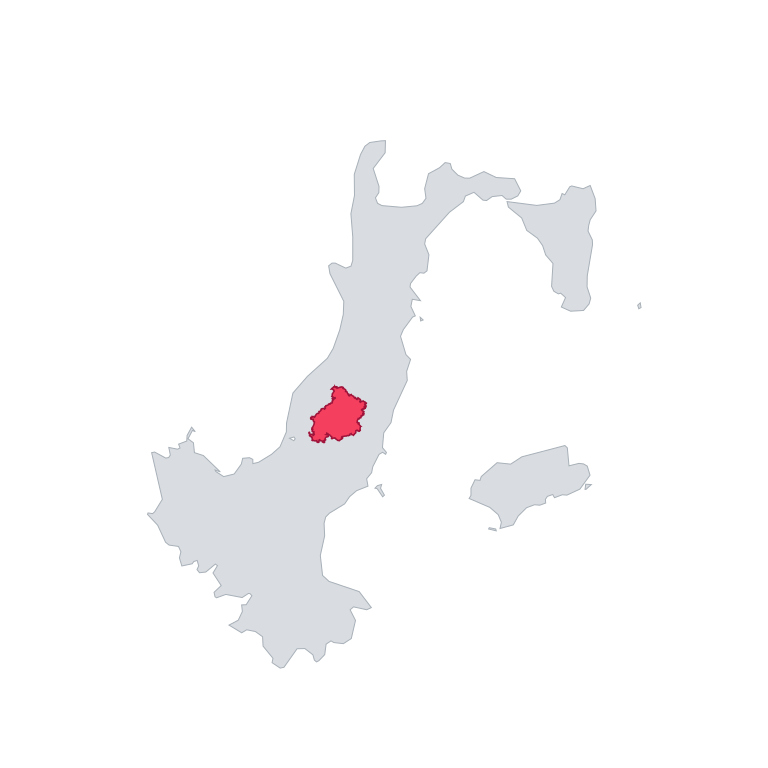 Umbria, Perugia, Italy (highlighted), rotated 246°
{"feature_id": "23120603B26790412086965", "entity_name": "Umbria", "entity_type": "district", "adm_level": 2, "iso_a3": "ITA", "parent_name": "Italy", "parent_adm1": "Perugia", "projection": "orthographic", "projection_center": [12.541, 42.991], "detail": "fine", "context": "in_parent", "style": "filled", "palette": "rose", "viewbox_px": 768, "rotation_deg": 246, "n_neighbors": 0, "source": "geoboundaries", "source_scale": "gbopen_adm2", "svg_char_len": 9674}
<svg xmlns="http://www.w3.org/2000/svg" viewBox="0 0 768 768"><g transform="rotate(246 384 384)"><path d="M174.9,168.4L178.6,171.0L193.7,166.9L202.5,170.3L210.2,165.8L215.3,158.6L214.6,152.8L226.8,144.3L227.5,154.8L233.8,162.1L240.1,164.1L238.4,168.3L244.3,177.2L246.9,176.4L247.8,174.9L246.6,167.6L256.1,153.9L256.8,144.1L258.4,143.1L262.8,144.0L266.1,153.3L280.9,150.9L285.8,158.0L288.1,156.7L284.7,144.7L286.6,138.7L290.5,137.7L293.2,140.7L298.8,141.6L299.2,138.0L297.8,135.6L300.0,125.3L308.4,126.4L313.3,130.2L319.2,130.2L324.3,122.1L328.3,120.1L347.1,119.8L361.1,114.9L362.2,116.0L359.7,119.9L360.5,122.5L368.8,134.6L415.8,143.8L415.1,146.8L405.1,154.5L404.4,157.4L406.0,159.9L413.6,161.6L408.4,168.9L408.5,171.6L412.6,171.9L412.1,180.6L417.1,183.2L422.8,190.7L417.2,192.2L419.5,190.1L413.7,182.7L407.8,186.0L398.4,182.9L392.1,189.9L370.3,198.7L374.1,194.7L372.5,194.7L364.6,199.9L362.7,210.5L368.8,221.0L373.6,224.7L371.4,231.1L368.5,233.5L364.6,231.8L363.5,237.5L365.5,252.7L368.9,263.4L379.9,275.3L388.0,279.1L412.8,297.1L422.2,317.3L430.5,342.7L437.2,352.1L451.3,365.5L464.1,375.1L475.9,380.9L506.7,379.5L514.5,381.5L515.6,385.7L514.3,388.6L505.4,396.2L505.1,401.8L509.6,405.7L531.1,415.3L553.0,423.0L568.2,433.7L587.6,442.1L603.2,455.9L609.0,463.3L610.4,469.2L607.4,479.9L605.7,484.3L594.8,479.1L585.3,461.8L566.5,459.8L560.9,457.1L557.6,451.9L551.7,451.6L547.8,454.7L538.3,471.9L533.4,486.6L533.4,492.4L536.6,497.9L545.9,500.6L558.0,510.2L559.0,522.8L561.4,529.9L558.5,534.2L552.6,533.4L544.8,536.4L539.4,541.3L537.2,545.9L537.4,561.7L527.0,570.5L518.4,586.8L504.8,587.5L501.4,582.7L501.1,575.4L503.2,570.8L508.2,568.5L511.2,559.0L509.9,552.3L511.7,549.2L522.5,544.2L522.6,534.8L518.3,530.7L514.3,513.7L499.8,481.2L495.4,478.1L483.8,477.6L469.9,469.3L469.0,465.6L471.1,462.0L469.5,457.3L465.0,449.1L462.0,447.2L445.3,451.2L449.9,444.3L443.9,440.1L433.5,440.3L433.5,437.3L425.9,423.9L420.9,418.5L401.9,416.0L395.7,418.3L386.3,409.8L377.8,406.7L356.3,382.1L345.9,374.7L339.5,363.9L326.5,356.7L320.5,358.4L319.1,356.9L322.2,354.9L321.7,350.8L313.0,340.1L308.0,336.6L304.5,329.6L297.2,327.8L297.7,315.6L295.1,306.8L290.5,299.3L288.2,281.6L286.2,276.6L281.1,272.6L269.4,268.0L253.3,256.1L234.1,250.0L226.0,253.5L204.4,276.9L184.9,281.5L184.8,276.4L192.8,265.5L191.5,261.2L179.6,261.8L164.8,250.6L163.3,241.3L168.2,233.0L170.9,231.1L169.9,225.3L160.9,219.8L157.7,211.9L157.6,209.3L160.1,208.1L165.5,208.9L174.5,204.1L177.5,196.9L165.9,177.4L166.7,173.6L174.9,168.4ZM372.2,280.2L372.9,275.6L368.9,278.5L370.0,280.6L372.2,280.2ZM500.6,570.6L485.0,596.2L479.9,613.3L480.8,619.7L485.6,624.2L483.3,626.1L488.6,633.9L488.6,636.0L481.4,645.3L481.5,653.1L467.5,652.3L455.9,648.1L450.2,639.2L445.6,635.5L440.7,632.6L430.9,632.9L426.5,631.2L400.2,613.7L390.1,609.0L378.4,607.8L373.7,603.9L370.0,596.2L374.6,584.1L382.2,577.3L389.1,585.0L395.1,582.4L395.4,580.0L399.6,576.9L405.0,576.8L425.4,587.4L436.1,584.2L445.9,585.2L454.8,583.5L466.2,576.9L479.7,577.3L495.0,569.6L500.6,570.6ZM259.9,435.2L266.1,455.3L259.3,467.1L261.4,480.3L254.2,524.2L251.1,525.5L234.0,519.7L232.2,529.8L229.8,533.8L226.3,536.3L216.9,535.1L208.3,520.2L208.1,505.9L210.3,501.8L210.8,493.5L214.4,493.2L214.9,487.6L213.0,484.5L209.5,483.3L209.9,477.1L212.5,472.3L213.0,463.9L208.8,452.9L202.7,444.8L204.8,431.2L210.0,435.0L218.2,435.2L228.2,430.5L244.8,415.2L246.8,418.1L253.5,421.1L259.5,428.2L256.9,432.5L259.9,435.2ZM292.5,333.4L293.8,336.6L293.2,341.0L290.1,338.4L282.3,339.2L281.5,336.9L291.1,335.2L292.5,333.4ZM210.4,527.5L207.8,532.5L205.6,525.6L206.0,524.8L210.4,527.5ZM209.9,421.7L206.1,427.1L204.2,426.8L209.0,420.6L209.9,421.7ZM353.9,651.1L349.3,649.9L349.1,647.4L352.8,647.8L353.9,651.1ZM430.3,444.2L426.6,445.8L426.7,443.1L430.3,444.2Z" fill="#d9dde1" stroke="#a8b0b8" stroke-width="1"/><path d="M362.4,296.2L362.0,295.3L361.4,295.6L361.2,296.4L360.9,296.7L360.7,297.1L360.0,297.8L359.9,298.5L359.7,299.5L359.2,299.2L358.6,299.5L358.4,299.4L358.3,299.6L358.0,299.3L357.5,299.8L357.3,300.4L357.4,301.0L358.3,301.4L358.4,301.7L358.7,301.6L358.8,301.9L359.2,301.9L359.3,302.1L359.3,302.6L359.0,302.7L358.8,302.4L358.5,302.7L357.8,303.1L357.6,303.4L357.6,303.7L356.9,304.5L356.0,304.2L355.8,304.6L355.1,305.0L354.8,305.4L355.1,306.2L355.7,306.2L355.8,306.3L356.5,306.0L356.8,306.1L356.6,307.2L356.6,307.8L356.7,308.0L357.4,308.0L357.7,307.7L358.5,308.4L358.9,309.2L359.0,310.0L358.9,310.3L359.0,310.5L358.6,311.1L358.8,311.8L360.0,312.4L360.5,312.4L360.8,311.7L360.7,311.4L361.2,310.7L361.2,310.9L361.5,311.0L362.3,311.7L361.9,311.9L361.7,312.4L360.4,312.8L359.4,313.8L358.4,313.8L357.3,314.8L355.6,313.9L355.1,314.2L355.4,315.1L355.2,315.3L355.2,315.8L354.7,316.6L354.9,316.8L354.6,317.3L354.0,317.6L353.3,317.6L352.6,318.2L351.5,318.6L351.5,318.8L350.9,319.2L350.7,320.1L350.4,320.3L350.7,320.9L350.8,321.5L351.1,322.1L351.1,322.4L350.8,322.8L351.3,324.1L351.5,324.2L351.8,323.6L352.1,323.4L352.7,323.7L353.1,324.4L352.7,325.2L352.6,325.9L352.0,328.1L351.8,328.2L351.7,329.0L351.9,329.3L351.8,329.7L351.4,330.3L351.4,330.7L351.2,330.8L351.3,331.0L351.1,331.9L352.0,332.2L352.1,333.8L351.5,333.7L351.0,333.8L350.3,334.8L349.5,335.2L349.7,335.6L350.1,335.7L350.1,336.5L350.5,337.0L350.9,338.4L351.4,338.6L351.7,338.6L352.3,339.1L352.8,339.3L352.8,339.5L352.9,339.8L352.6,340.0L352.6,340.5L352.3,340.7L352.4,340.8L352.1,340.9L352.0,341.1L351.7,341.2L351.5,341.3L351.4,341.6L350.9,341.9L350.8,342.4L351.6,342.8L351.4,343.5L352.8,343.9L353.9,344.6L354.7,345.2L354.7,345.6L355.1,345.3L355.6,345.3L356.4,344.9L357.2,345.0L357.7,344.5L358.1,345.2L358.3,345.3L358.7,344.6L359.0,344.9L359.3,344.3L359.8,343.8L360.3,344.1L360.8,344.6L361.1,344.5L361.4,344.7L362.3,345.6L362.2,346.0L362.9,346.4L362.3,347.3L363.0,347.7L363.0,348.0L362.8,348.0L362.9,348.3L362.6,348.7L362.8,349.1L362.7,349.3L363.5,349.7L363.6,350.0L364.1,350.0L364.2,350.9L364.0,351.0L363.8,351.2L363.8,351.3L364.1,351.8L364.7,352.1L364.1,352.2L364.1,352.6L364.7,352.5L364.9,352.7L365.3,353.2L365.2,353.5L365.0,353.3L364.6,353.3L364.7,353.5L365.0,353.7L365.6,353.7L366.0,353.3L366.8,353.9L367.0,354.4L368.4,353.6L368.3,353.3L368.5,353.2L369.0,353.1L369.4,353.4L369.6,353.2L369.9,353.8L369.4,354.2L369.4,354.8L369.9,354.9L370.0,355.3L369.6,355.2L369.4,355.4L369.5,355.7L369.3,355.9L369.6,356.4L369.4,357.0L369.7,357.2L370.4,356.9L370.8,357.1L371.3,356.8L371.5,357.2L371.1,357.4L371.2,357.6L371.1,358.1L370.6,358.3L370.8,358.5L371.3,358.3L371.4,358.6L372.0,358.1L372.4,358.4L373.1,358.1L373.4,358.4L373.2,358.6L373.2,359.4L373.4,360.0L373.7,360.2L373.9,360.1L374.0,359.9L374.6,359.2L375.0,359.3L375.0,359.1L375.4,359.2L376.5,358.2L376.8,358.2L376.8,357.9L377.1,357.5L377.0,356.4L377.3,355.6L377.3,355.1L377.1,354.9L377.4,354.7L378.1,354.8L378.1,355.2L378.5,355.8L378.4,356.0L379.4,356.1L380.2,355.7L380.5,355.1L380.8,355.0L381.0,355.2L381.3,355.1L382.0,354.6L381.2,353.8L380.8,353.0L381.4,352.6L382.2,352.7L382.4,352.4L383.2,352.4L383.1,351.8L383.2,351.7L383.2,351.4L384.5,351.2L384.9,351.4L385.8,350.7L386.0,350.3L387.0,349.9L387.8,349.8L387.8,349.0L387.4,348.0L387.2,347.9L387.3,347.4L387.9,347.0L388.7,347.4L388.7,347.7L389.2,347.7L389.4,347.0L390.0,346.9L392.0,347.0L392.4,346.8L392.4,346.3L392.8,345.8L393.0,345.9L393.2,346.4L394.3,346.6L396.0,345.6L396.3,345.2L396.4,344.8L396.8,344.7L397.4,345.4L398.5,344.4L398.5,343.9L398.8,343.6L398.5,343.3L399.1,342.0L399.0,341.5L399.0,340.7L399.4,340.1L399.2,339.4L399.8,339.3L400.1,338.8L400.8,338.8L400.9,339.4L401.2,339.0L401.1,338.7L401.4,337.9L401.7,337.9L401.4,337.7L401.7,337.5L401.9,336.9L401.8,336.6L401.5,336.2L401.2,334.8L401.0,334.5L401.1,334.3L400.8,333.8L400.6,334.5L400.2,334.7L400.2,334.9L399.9,335.2L399.5,335.2L398.9,335.6L398.7,335.4L397.9,335.7L397.7,335.6L397.7,335.3L397.3,334.9L397.1,334.4L396.3,333.4L396.1,332.8L395.2,332.4L395.1,332.2L394.9,332.2L394.5,332.0L393.8,331.2L392.8,332.1L392.1,332.1L391.9,331.5L391.7,332.0L391.9,332.5L391.7,332.5L391.8,332.8L391.6,333.0L391.4,333.8L390.9,333.8L390.8,333.4L390.8,332.9L390.6,332.6L390.6,332.2L390.8,331.5L390.7,331.4L390.9,330.9L389.8,330.7L389.9,330.3L389.7,330.2L389.8,330.1L389.3,329.9L389.0,329.4L388.6,329.5L387.8,328.9L387.9,328.4L388.3,327.8L387.5,326.5L387.8,325.8L388.1,326.0L388.1,325.6L388.2,325.2L387.7,324.6L387.5,324.0L387.8,322.2L387.6,322.2L387.4,321.9L387.2,320.7L386.4,320.5L385.8,320.7L385.2,319.5L386.1,319.1L386.2,318.6L386.5,318.4L386.5,317.4L386.7,317.2L386.6,316.3L386.5,316.1L386.0,316.1L385.5,315.7L385.5,315.3L385.2,314.8L385.2,314.5L385.1,314.1L385.3,313.5L385.0,313.4L385.0,313.2L384.2,313.0L383.7,312.3L384.1,311.7L384.2,311.1L384.0,310.2L383.8,310.0L383.8,309.6L383.1,308.8L383.0,308.3L382.5,308.1L382.5,307.7L382.1,307.4L382.3,307.0L382.0,306.8L382.3,306.5L383.1,306.2L383.4,305.5L382.8,304.8L382.7,304.5L383.1,304.5L382.8,304.2L382.8,303.9L383.2,303.6L383.0,303.3L382.8,303.1L382.4,303.2L382.0,302.9L381.6,302.9L380.9,303.9L380.6,305.0L379.7,304.8L379.5,304.5L379.2,304.5L378.9,304.4L378.6,304.6L377.9,304.6L377.7,305.1L377.2,305.4L377.4,305.2L377.3,304.9L376.9,304.7L376.6,304.2L375.9,303.9L375.1,303.1L373.6,301.3L373.4,300.6L372.7,300.0L372.0,299.6L371.7,300.0L371.8,300.3L371.4,300.1L371.1,300.3L370.4,299.1L370.0,299.3L369.6,299.3L369.1,300.0L369.0,300.5L368.8,300.6L368.4,300.4L368.3,300.2L368.5,300.0L367.7,299.3L367.1,299.9L366.4,299.8L366.1,299.1L365.7,298.7L366.0,298.3L366.9,298.3L367.5,297.2L367.9,296.9L368.0,296.7L367.5,296.0L367.5,295.8L367.8,295.2L367.3,295.0L367.1,295.4L366.5,295.3L366.5,295.5L366.1,295.8L365.7,295.8L365.5,296.4L365.2,296.6L364.9,296.6L365.0,296.2L364.7,296.1L364.0,296.2L363.8,296.4L362.9,296.1L362.4,296.2ZM369.9,295.4L369.6,295.4L369.3,295.8L369.9,296.3L370.2,296.3L370.3,295.9L369.9,295.4Z" fill="#f43f5e" stroke="#9f1239" stroke-width="1.5"/></g></svg>